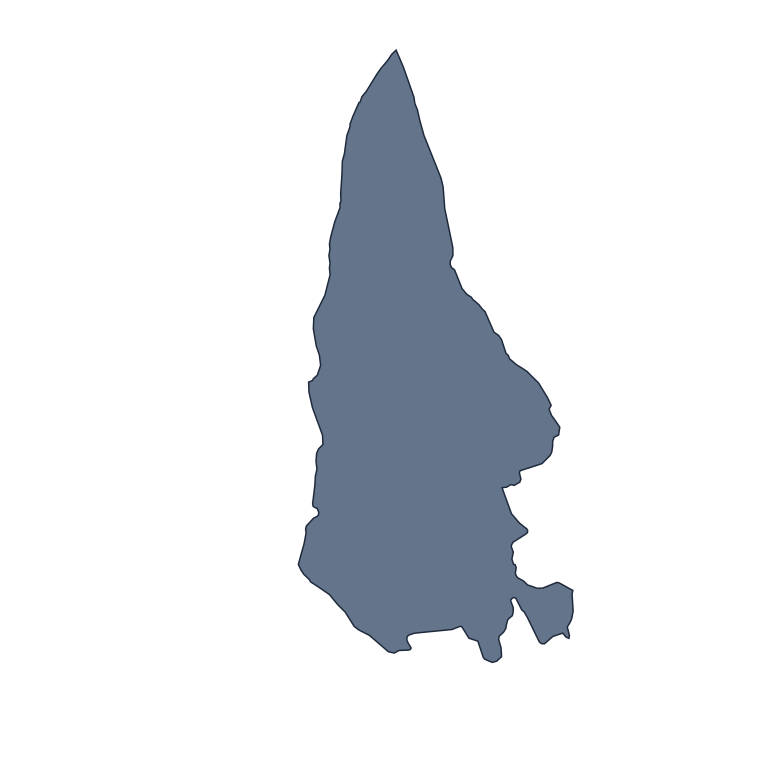 the district of Siquinalá, Escuintla, Guatemala, rotated 338°
{"feature_id": "79465075B25163774414820", "entity_name": "Siquinalá", "entity_type": "district", "adm_level": 2, "iso_a3": "GTM", "parent_name": "Guatemala", "parent_adm1": "Escuintla", "projection": "equal_earth", "projection_center": [-90.935, 14.363], "detail": "fine", "context": "isolated", "style": "filled", "palette": "slate", "viewbox_px": 768, "rotation_deg": 338, "n_neighbors": 0, "source": "geoboundaries", "source_scale": "gbopen_adm2", "svg_char_len": 2910}
<svg xmlns="http://www.w3.org/2000/svg" viewBox="0 0 768 768"><g transform="rotate(338 384 384)"><path d="M520.3,78.9L514.7,81.2L512.2,82.9L508.5,85.4L499.6,90.1L498.5,90.8L493.5,94.0L477.0,106.2L471.3,109.2L467.3,113.8L466.2,113.7L455.8,123.8L450.0,130.1L448.7,132.9L442.6,139.8L433.4,155.9L428.9,161.7L423.5,174.0L415.1,191.3L412.7,198.2L410.8,200.0L409.4,203.9L399.0,215.3L389.6,227.8L385.9,233.7L384.2,239.2L381.0,244.3L379.1,252.2L376.9,255.8L374.9,262.6L362.4,279.6L343.9,296.0L340.3,303.8L339.1,306.5L335.5,323.1L334.9,333.1L332.2,343.0L325.4,350.9L320.5,352.6L319.1,354.0L314.8,354.0L311.4,363.4L308.8,379.2L307.8,408.5L304.7,417.2L299.1,419.6L295.5,423.1L292.0,430.2L289.9,437.9L285.9,443.6L282.0,451.9L272.8,468.6L272.5,471.1L275.5,474.6L275.4,478.2L274.8,480.0L273.7,481.1L272.6,481.7L268.5,482.0L258.9,486.5L256.9,489.3L256.0,492.9L249.7,502.7L242.3,512.2L237.0,519.3L237.3,525.3L238.4,530.5L241.6,537.6L241.7,539.8L248.1,549.0L254.6,558.9L258.5,571.5L262.6,581.0L265.6,597.7L268.5,602.6L276.3,611.6L287.8,633.9L292.7,637.3L298.1,636.7L307.1,639.9L308.9,640.0L310.2,639.0L310.0,636.8L309.4,633.8L309.2,630.3L310.1,628.1L310.8,627.0L312.7,626.1L315.4,626.2L318.9,626.5L322.5,627.5L355.1,637.1L363.9,637.2L365.3,638.4L367.5,651.5L374.7,657.6L373.6,674.7L374.5,677.1L380.1,682.7L384.7,683.2L390.9,680.8L393.7,672.4L394.6,664.0L396.3,660.9L401.9,658.9L405.5,656.2L407.2,653.3L409.2,650.5L410.5,648.9L411.8,648.3L415.9,647.0L416.8,646.1L417.8,644.6L419.3,641.8L420.1,639.3L420.2,633.5L420.5,631.7L422.1,630.9L424.0,630.5L425.4,631.1L426.0,632.3L427.1,645.1L428.5,647.5L429.5,654.4L431.4,681.3L432.7,683.7L435.4,685.0L446.1,681.3L455.5,681.9L456.7,682.4L457.8,686.6L460.1,689.1L461.7,686.8L462.9,677.9L465.1,676.3L466.7,675.1L468.5,673.6L470.4,671.5L474.3,665.4L479.7,649.2L481.8,646.1L480.2,644.3L472.0,634.1L469.9,632.7L454.7,632.7L449.2,630.6L445.3,627.0L442.0,624.3L439.5,618.8L435.3,613.6L434.7,610.6L435.0,608.4L437.8,603.8L437.9,600.6L436.6,599.6L437.0,594.2L440.9,588.4L441.1,582.3L442.3,580.7L444.5,579.0L453.8,577.3L458.1,576.5L461.3,575.6L462.3,573.7L462.1,571.7L461.3,570.4L460.0,568.2L457.5,563.7L453.6,552.1L454.6,524.4L459.2,525.6L463.9,524.8L466.8,526.8L473.1,525.9L475.3,523.5L476.3,516.8L477.8,515.4L500.7,517.0L511.2,512.5L512.7,511.2L514.0,510.0L516.8,505.3L518.0,502.6L518.7,500.7L521.7,497.1L526.8,496.7L530.8,489.9L528.6,479.8L527.6,476.1L527.6,469.2L531.0,466.4L530.5,457.9L527.7,440.9L523.2,430.6L522.3,428.3L521.5,426.3L517.8,420.8L514.1,415.9L509.9,407.8L509.9,403.9L508.6,401.4L509.6,386.8L508.5,382.0L505.4,377.1L504.8,354.7L503.3,351.5L501.7,346.0L498.0,338.9L497.5,336.3L494.3,331.7L492.1,324.7L492.2,304.7L491.2,302.8L490.2,301.6L490.2,297.8L491.6,294.7L496.0,290.8L498.9,283.4L502.7,262.6L506.0,244.2L512.6,223.6L514.0,214.5L514.2,168.3L515.9,153.3L517.7,142.3L517.7,135.4L519.2,129.4L520.7,97.1L520.3,78.9Z" fill="#64748b" stroke="#1e293b" stroke-width="1.5"/></g></svg>